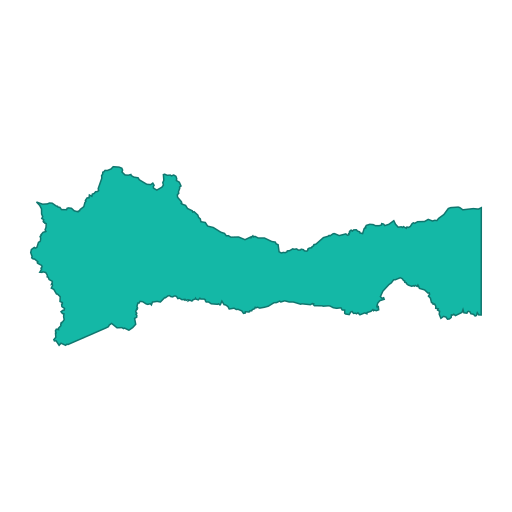 the district of Alto Alegre, Roraima, Brazil
{"feature_id": "56859067B49514522744018", "entity_name": "Alto Alegre", "entity_type": "district", "adm_level": 2, "iso_a3": "BRA", "parent_name": "Brazil", "parent_adm1": "Roraima", "projection": "mercator", "projection_center": [-62.757, 3.103], "detail": "fine", "context": "isolated", "style": "filled", "palette": "teal", "viewbox_px": 512, "rotation_deg": 0, "n_neighbors": 0, "source": "geoboundaries", "source_scale": "gbopen_adm2", "svg_char_len": 6009}
<svg xmlns="http://www.w3.org/2000/svg" viewBox="0 0 512 512"><path d="M36.5,202.0L39.7,205.4L41.5,208.9L41.6,214.0L42.7,216.6L41.8,218.5L43.7,219.6L43.2,221.4L43.7,222.2L44.5,222.1L44.7,223.1L46.2,223.6L46.0,227.4L45.1,229.7L45.9,231.5L43.1,232.3L40.9,234.9L41.2,235.6L40.1,236.4L40.7,238.3L40.4,240.7L40.1,241.5L38.5,242.3L36.9,247.3L35.3,248.2L34.3,247.4L31.4,249.5L30.7,252.6L32.1,256.5L31.7,257.8L33.2,259.0L34.5,259.0L37.9,261.8L37.3,262.8L37.9,263.4L41.6,265.4L42.1,266.8L41.0,268.2L41.7,269.0L39.8,272.2L42.0,272.4L42.8,271.8L45.7,272.5L47.3,275.1L47.2,276.9L48.2,277.2L49.1,279.5L52.1,281.2L52.4,282.0L51.5,284.3L52.3,284.0L52.5,285.7L51.3,288.1L53.8,289.4L56.5,294.0L57.5,294.1L60.2,296.7L60.0,301.5L62.4,302.6L62.3,304.0L61.6,304.2L61.9,306.6L64.5,308.4L64.1,310.2L62.8,310.3L61.0,311.7L62.5,313.6L63.9,313.8L63.6,316.7L64.2,319.6L62.7,321.8L61.2,322.7L61.5,323.4L60.7,324.0L60.9,325.7L58.3,328.4L58.5,329.6L56.3,329.2L55.4,330.9L56.1,332.9L55.5,333.1L55.8,337.3L53.8,339.6L54.4,340.9L56.1,340.8L59.1,345.3L61.0,343.2L65.6,345.3L66.9,344.2L68.0,344.5L105.8,328.0L108.4,326.7L109.3,325.0L111.6,323.4L117.0,327.8L122.0,327.6L123.5,328.6L124.5,328.1L128.9,330.2L132.7,327.6L135.7,324.3L134.6,318.4L136.7,317.2L136.8,315.3L135.9,314.3L136.8,313.2L135.7,311.7L136.3,309.9L137.1,309.5L136.8,308.5L137.6,308.0L136.9,306.3L137.9,303.0L139.0,303.1L140.0,301.4L142.7,301.7L146.1,303.9L147.8,304.4L150.3,303.7L151.4,304.9L152.4,302.1L157.1,301.4L160.4,302.0L164.7,297.6L165.4,297.8L167.9,295.9L169.5,295.6L170.8,296.6L172.7,296.9L174.3,296.0L175.6,296.0L176.7,296.7L177.8,298.6L179.6,298.2L181.9,299.7L184.1,299.4L184.4,300.0L185.1,299.4L186.1,300.4L188.0,299.7L189.2,300.0L188.8,300.6L189.9,300.1L191.6,301.0L192.5,300.7L192.9,299.8L195.1,299.1L195.5,298.3L195.9,299.1L198.3,299.9L199.9,298.2L200.6,299.0L204.2,299.1L205.4,299.8L205.3,300.7L206.2,302.0L208.6,302.0L211.2,303.8L217.6,304.3L218.5,303.8L219.8,304.9L220.3,304.8L221.9,301.1L224.1,304.7L225.4,304.8L227.9,306.5L229.2,309.0L234.1,308.2L236.3,309.5L238.1,309.3L241.8,310.9L243.5,313.4L245.3,313.0L245.3,311.7L248.7,312.0L249.5,311.8L249.9,310.8L251.7,310.8L252.3,309.6L254.6,308.7L255.2,307.3L256.1,307.8L257.5,307.2L259.7,308.1L264.3,307.3L268.3,306.2L274.0,302.7L276.5,302.6L279.7,301.1L280.8,302.0L284.7,300.8L289.2,302.0L293.3,302.0L300.6,304.2L302.0,303.8L310.4,304.7L312.3,303.5L313.4,303.8L313.0,304.2L314.4,305.7L322.3,305.8L323.1,306.2L328.3,305.8L330.0,306.0L333.2,307.7L336.6,308.3L340.9,307.8L342.2,310.0L344.7,310.1L344.7,313.3L345.6,314.0L349.2,314.6L350.7,312.0L352.1,311.5L353.5,313.4L355.4,313.2L356.5,313.8L357.9,312.8L359.9,314.8L364.7,312.9L366.9,313.8L367.1,312.5L370.9,311.4L372.9,309.6L373.6,310.7L374.3,310.1L376.3,310.7L378.7,309.8L378.3,306.4L377.6,306.2L377.1,307.0L376.8,306.2L377.8,303.0L379.8,300.7L384.2,299.3L383.6,297.7L382.0,298.3L380.4,296.6L382.9,291.1L388.9,284.6L391.3,282.9L393.7,279.7L395.1,279.8L400.3,277.7L402.4,278.8L403.5,280.5L404.7,281.0L404.8,282.3L406.3,282.8L406.6,283.8L408.3,285.1L411.8,286.3L413.3,285.6L414.2,286.2L415.3,285.4L417.2,286.4L417.9,285.1L419.5,288.4L424.6,289.9L428.0,293.1L429.3,292.9L429.6,294.3L428.4,296.1L430.4,298.1L431.5,302.6L432.7,303.0L433.1,304.2L434.6,304.0L435.8,306.3L435.7,308.3L438.2,308.8L437.6,310.1L439.6,311.3L439.2,314.1L440.9,318.3L443.5,316.4L445.9,317.0L447.5,319.2L449.5,318.9L451.2,317.4L451.4,314.9L452.8,315.1L453.8,314.2L455.4,315.6L462.0,312.4L463.0,309.6L463.9,312.8L466.9,313.2L467.6,311.7L468.5,311.3L470.1,312.0L470.8,313.7L473.5,314.3L475.1,316.0L476.4,315.5L477.3,312.7L478.7,314.9L481.2,315.0L481.3,207.7L478.4,209.1L473.4,208.6L462.8,209.8L459.8,207.6L458.2,207.1L450.7,207.6L448.3,208.5L443.9,214.5L438.6,218.4L436.9,220.6L434.8,220.3L432.5,221.0L428.2,219.4L424.6,221.5L417.6,221.7L414.8,223.3L413.3,222.8L411.9,223.9L410.4,226.4L408.6,227.4L406.9,227.0L406.3,228.3L403.4,226.6L402.5,227.5L401.3,226.8L398.2,227.2L395.5,224.2L393.8,220.7L388.9,224.3L384.8,225.6L383.6,224.1L381.7,223.6L381.4,225.0L379.2,225.7L375.4,225.7L373.2,224.6L369.8,224.3L366.3,225.4L365.2,227.3L365.7,227.8L364.2,228.5L362.6,233.6L359.9,232.9L359.6,231.8L357.5,231.1L356.4,229.8L353.7,229.9L352.3,231.1L351.1,230.1L349.5,231.4L349.7,232.7L348.6,233.5L349.0,234.6L347.6,235.3L345.8,233.9L339.2,235.6L334.5,233.6L333.2,233.7L330.1,235.8L329.1,235.4L328.0,236.3L323.4,237.6L315.9,244.2L313.9,244.6L313.6,245.8L312.0,246.7L311.7,247.7L309.2,248.1L307.8,249.1L307.9,250.0L306.8,251.2L304.3,250.8L303.5,249.7L301.2,249.2L300.4,250.0L298.3,250.1L296.6,248.9L294.0,249.3L292.8,248.8L289.6,250.7L287.3,250.9L286.9,251.9L285.1,252.7L283.4,252.4L281.3,253.0L279.1,251.8L278.1,244.7L276.1,243.8L275.3,242.1L271.7,241.5L264.4,238.0L258.2,238.0L255.0,236.4L253.6,236.9L252.9,235.8L251.1,237.7L250.9,236.9L245.0,239.7L238.6,237.0L230.8,237.2L228.4,235.7L226.3,235.8L224.5,233.4L220.8,232.2L213.3,227.5L207.6,226.1L205.3,222.5L200.9,221.7L200.3,218.9L198.6,217.4L197.8,215.1L194.1,211.7L192.8,212.1L192.3,210.8L187.5,208.5L185.6,205.4L182.0,204.1L181.3,203.4L181.8,203.2L181.4,201.7L177.6,197.3L177.3,194.9L178.8,193.2L178.4,191.9L179.7,188.4L179.6,187.0L181.0,186.0L179.3,182.2L176.4,180.5L176.7,178.6L175.9,176.3L173.7,175.0L171.4,175.9L170.3,175.1L167.1,175.3L164.7,174.2L163.4,174.6L163.8,180.3L162.8,182.6L163.4,185.1L161.9,187.2L156.8,190.1L153.5,188.1L153.3,186.5L154.1,185.3L152.8,183.1L150.8,184.6L146.8,184.3L139.3,179.8L138.1,177.8L133.8,177.1L131.3,175.6L130.9,174.5L128.4,175.2L125.1,175.0L122.0,172.0L122.6,170.1L121.8,168.2L119.0,167.1L113.2,166.7L111.0,169.0L107.3,170.5L105.0,170.4L104.0,171.7L102.8,172.2L102.6,174.3L101.6,175.5L101.8,178.2L98.2,188.6L98.6,190.6L97.3,191.6L95.6,191.7L94.1,193.5L92.3,194.1L91.8,196.3L89.4,195.0L89.0,197.8L87.1,197.9L85.4,200.4L85.9,201.2L84.9,202.6L83.8,206.7L80.1,209.5L79.6,210.8L78.2,211.1L78.0,211.8L74.2,210.8L71.5,208.3L68.5,207.9L67.1,208.3L66.6,209.7L61.5,209.6L59.9,207.4L58.0,207.1L57.5,206.2L56.5,206.2L52.2,203.2L49.5,203.0L47.4,203.9L42.6,204.2L36.5,202.0Z" fill="#14b8a6" stroke="#0f766e" stroke-width="1.5"/></svg>